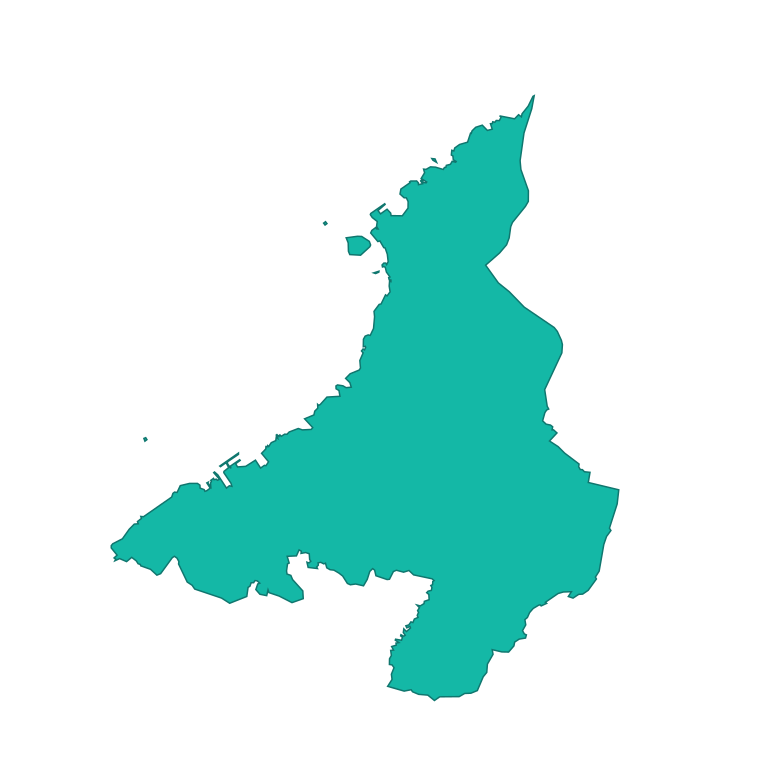 Kota Cilegon, Banten, Indonesia, rotated 8°
{"feature_id": "22746128B25933583546422", "entity_name": "Kota Cilegon", "entity_type": "district", "adm_level": 2, "iso_a3": "IDN", "parent_name": "Indonesia", "parent_adm1": "Banten", "projection": "orthographic", "projection_center": [106.002, -5.978], "detail": "fine", "context": "isolated", "style": "filled", "palette": "teal", "viewbox_px": 768, "rotation_deg": 8, "n_neighbors": 0, "source": "geoboundaries", "source_scale": "gbopen_adm2", "svg_char_len": 6168}
<svg xmlns="http://www.w3.org/2000/svg" viewBox="0 0 768 768"><g transform="rotate(8 384 384)"><path d="M136.7,584.3L143.5,590.6L140.9,593.8L142.7,594.7L142.1,596.5L146.5,593.7L153.8,595.7L158.3,590.8L163.4,593.7L165.5,596.2L167.8,596.6L168.4,597.9L178.6,600.0L185.7,604.9L189.2,602.9L198.5,585.5L200.4,583.8L203.2,585.2L205.6,588.4L205.6,590.8L216.7,607.5L222.0,610.0L225.1,613.4L252.9,618.6L261.7,622.6L277.7,613.5L277.7,604.3L279.4,602.9L280.1,599.3L282.6,598.9L283.6,596.6L285.8,596.6L288.7,598.5L286.8,599.6L285.7,605.4L290.4,609.5L297.3,609.9L297.8,604.0L299.1,606.6L309.7,608.6L323.3,613.3L333.9,607.8L332.4,600.2L320.7,590.4L318.4,586.5L314.4,585.7L313.5,582.6L313.5,575.5L315.0,574.5L312.1,568.1L321.2,566.4L323.0,560.1L325.4,561.1L325.4,563.3L329.9,561.8L333.6,562.5L334.8,568.2L336.2,569.7L334.6,571.6L332.5,571.2L334.4,576.2L343.8,576.0L342.8,574.5L344.2,572.5L343.6,570.3L346.2,569.4L349.4,570.5L351.0,569.6L352.9,574.0L356.4,575.4L360.3,575.3L365.6,577.5L369.8,579.9L375.5,586.6L378.6,587.5L383.8,586.0L391.8,586.7L394.6,579.8L396.0,571.6L398.5,568.4L400.6,569.6L402.7,575.0L414.3,577.2L416.6,576.6L419.4,568.4L422.2,566.7L429.6,567.6L434.7,565.2L439.9,568.9L458.7,570.2L461.0,571.7L459.8,572.8L460.0,576.0L458.4,577.0L459.8,578.9L459.6,581.8L456.5,583.0L455.3,584.7L457.7,586.2L458.7,591.3L454.2,593.6L454.2,595.9L450.8,598.7L447.4,598.3L450.2,600.6L448.8,603.7L450.0,605.4L449.1,608.5L450.2,610.4L446.8,612.5L445.8,616.2L443.8,615.8L442.1,619.1L439.3,620.4L440.5,622.3L443.5,620.5L444.2,621.9L440.7,626.0L437.7,623.7L437.7,627.4L440.0,629.9L438.6,631.0L435.7,629.9L435.5,631.1L437.5,632.3L437.0,635.3L431.0,635.1L430.8,636.1L434.7,638.0L431.9,638.9L432.5,640.9L428.1,642.9L430.5,646.2L427.7,646.9L429.1,651.8L427.7,655.3L428.4,661.0L431.0,661.0L433.4,663.5L431.7,670.4L433.1,675.4L429.7,682.9L446.7,685.3L453.4,683.0L455.1,684.8L461.5,686.5L470.7,686.0L478.0,690.4L482.7,686.0L502.0,683.1L507.0,679.2L513.1,678.1L519.1,674.6L523.0,660.1L525.9,655.3L525.4,647.0L529.6,636.5L528.1,632.0L538.0,632.9L544.7,632.1L549.1,625.3L549.3,621.4L553.4,617.8L559.5,615.9L559.9,612.6L557.8,612.0L555.5,609.0L557.9,602.8L556.3,597.7L558.5,595.3L560.0,590.1L563.0,585.5L567.7,581.7L569.3,580.9L570.5,581.9L575.6,578.6L574.2,577.7L585.6,567.2L590.6,565.0L598.5,563.6L596.1,568.8L601.0,569.7L606.1,565.2L610.0,564.4L614.9,559.9L621.5,547.5L620.2,545.8L623.1,539.4L624.0,512.3L625.6,504.0L629.1,497.5L627.3,495.4L631.6,470.3L631.2,456.1L600.0,453.1L600.3,442.8L594.7,443.0L592.4,441.2L590.3,441.4L588.3,438.9L588.3,436.1L572.5,427.3L565.2,421.8L555.8,417.4L562.1,408.4L558.3,405.8L556.8,406.0L557.0,402.9L554.6,401.5L550.1,401.2L546.2,398.4L547.3,390.0L548.7,387.1L550.6,385.9L548.7,383.3L543.9,367.2L555.8,328.4L555.2,320.2L553.6,316.1L548.3,307.8L544.7,304.4L512.2,288.4L495.2,275.2L483.2,268.0L468.1,252.2L480.2,238.2L486.0,229.1L487.6,222.0L487.6,210.6L488.7,206.2L499.3,188.5L501.5,183.1L500.1,172.5L489.7,152.5L487.7,143.9L487.7,115.9L492.0,90.9L492.6,77.6L491.5,78.4L488.1,88.8L483.1,97.2L482.9,100.3L479.8,98.6L476.4,103.2L461.1,102.4L462.9,103.2L461.6,107.1L458.5,107.4L457.3,109.4L455.2,109.2L455.0,111.0L453.2,111.4L455.7,116.6L451.1,118.5L445.3,114.0L439.1,117.0L436.0,121.0L435.4,124.4L434.9,122.9L433.1,132.9L425.5,136.3L421.2,140.4L420.7,143.5L418.6,143.1L418.8,147.9L420.5,148.6L421.4,152.3L424.5,153.6L424.1,154.4L420.5,154.0L419.2,157.2L415.3,158.8L415.1,160.8L413.7,161.2L412.8,163.3L404.9,162.1L399.8,162.5L395.8,165.6L393.3,165.7L394.8,169.2L392.2,175.3L398.2,178.0L397.8,178.9L394.9,179.0L394.0,177.3L392.5,177.0L392.0,177.8L394.3,180.3L390.4,181.8L390.0,180.0L388.1,178.4L382.2,179.3L381.2,180.2L381.8,181.0L373.6,188.6L373.4,193.7L378.0,196.8L380.2,196.5L382.5,200.0L383.3,206.5L378.7,214.9L367.6,216.3L366.8,213.8L362.7,210.5L356.9,216.0L353.9,213.1L360.1,206.0L359.6,205.4L347.1,217.0L346.9,218.2L349.2,220.8L354.7,224.0L354.7,228.9L356.6,231.3L355.1,231.4L354.1,230.1L350.6,233.6L349.8,236.3L358.1,243.8L360.0,242.9L364.8,249.0L366.2,249.1L369.2,255.0L371.1,262.3L370.0,265.4L368.9,264.0L367.0,264.3L365.5,266.4L366.4,268.9L366.5,267.5L369.0,268.2L370.8,272.8L375.0,277.2L373.8,278.0L374.6,280.0L376.4,280.1L376.6,281.7L375.2,281.5L375.5,286.3L377.2,291.9L374.8,296.3L373.1,295.5L370.0,305.1L368.1,305.9L364.0,313.4L365.3,318.7L365.9,330.5L363.6,337.8L361.5,337.6L358.7,339.2L357.4,342.5L358.3,350.0L360.2,349.3L360.8,350.3L360.0,352.9L358.4,352.2L357.1,354.4L359.0,356.1L356.8,364.1L358.5,371.5L357.4,373.7L349.1,378.5L345.2,383.8L350.0,387.4L352.0,391.7L347.0,392.9L343.6,391.5L338.1,391.4L336.7,392.6L337.2,395.4L340.3,396.7L342.1,402.3L329.3,404.9L323.7,413.2L322.3,414.2L321.1,413.4L321.8,417.1L319.2,420.5L318.9,424.4L310.2,429.5L319.5,437.1L318.3,439.1L309.6,440.8L305.3,440.0L296.8,444.7L294.9,447.3L292.6,447.5L289.5,450.1L288.0,448.9L286.9,450.0L287.8,451.2L285.0,449.0L284.4,449.6L286.3,452.6L284.7,451.8L284.7,455.1L280.5,457.8L278.5,462.0L277.3,461.1L276.9,462.5L275.8,462.4L276.0,464.7L272.4,469.7L280.5,477.1L278.5,481.3L276.9,481.2L273.5,484.4L267.3,477.3L258.5,484.8L250.5,486.5L248.2,483.6L252.2,479.7L251.6,479.1L243.4,486.6L244.1,488.9L240.2,484.8L239.8,482.9L249.7,473.9L249.5,472.6L232.8,488.1L233.6,488.6L237.9,484.5L239.1,484.6L241.8,488.4L237.7,492.8L237.7,494.1L246.3,503.6L247.6,506.5L245.0,506.3L242.5,509.0L232.1,497.1L228.4,494.7L227.7,495.5L234.4,501.3L232.4,502.5L231.2,501.6L229.0,502.4L228.3,501.2L225.9,503.5L226.7,504.1L226.0,506.3L226.8,510.0L223.4,506.7L223.6,505.7L222.3,506.6L226.4,511.3L223.4,514.3L221.6,515.2L220.6,513.6L216.4,512.7L215.8,509.8L213.1,508.4L205.3,509.5L196.4,513.0L194.2,520.2L191.6,520.2L190.2,521.7L189.5,525.5L164.3,548.9L161.6,549.0L162.5,550.9L159.0,554.5L160.1,556.6L156.2,557.5L151.9,563.3L146.5,573.7L137.7,579.9L136.4,582.0L136.7,584.3ZM349.6,244.8L341.4,241.0L337.2,241.4L326.2,244.5L328.9,249.2L330.3,257.5L332.1,260.6L342.9,259.7L350.9,250.0L351.4,248.2L349.6,244.8ZM303.5,234.8L305.2,233.1L303.5,231.4L301.8,233.1L303.5,234.8ZM405.2,157.2L403.2,154.0L400.0,154.1L401.3,155.6L405.2,157.2ZM155.2,473.9L157.0,472.1L155.5,470.3L153.8,471.3L155.2,473.9ZM360.3,275.8L363.3,274.0L363.3,273.0L358.3,275.4L360.3,275.8Z" fill="#14b8a6" stroke="#0f766e" stroke-width="1.5"/></g></svg>